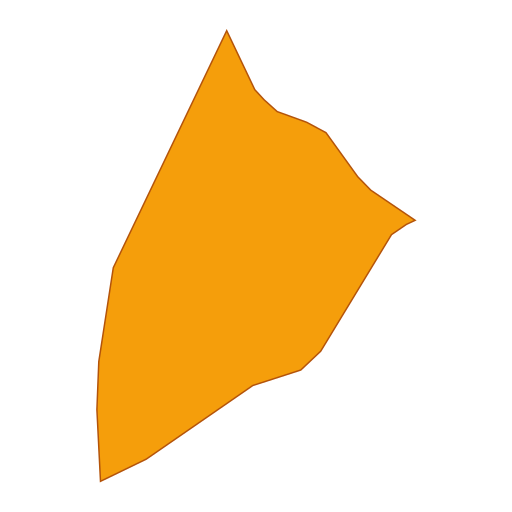 map outline of Bissau (Natural Earth projection)
{"feature_id": "GNB-769", "entity_name": "Bissau", "entity_type": "Autonomous Sector", "adm_level": 1, "iso_a3": "GNB", "parent_name": "Guinea-Bissau", "parent_adm1": "", "projection": "natural_earth1", "projection_center": [-15.605, 11.885], "detail": "fine", "context": "isolated", "style": "filled", "palette": "amber", "viewbox_px": 512, "rotation_deg": 0, "n_neighbors": 0, "source": "natural_earth", "source_scale": "10m", "svg_char_len": 367}
<svg xmlns="http://www.w3.org/2000/svg" viewBox="0 0 512 512"><path d="M415.1,220.3L406.4,224.4L391.5,234.6L320.7,351.2L300.8,370.0L252.8,385.5L146.3,459.1L100.5,481.3L96.9,409.6L98.8,361.6L113.3,267.7L226.7,30.7L254.8,89.7L264.1,99.8L277.2,111.6L306.7,122.3L326.0,132.7L357.7,176.7L370.8,190.2L415.1,220.3Z" fill="#f59e0b" stroke="#b45309" stroke-width="1.5"/></svg>